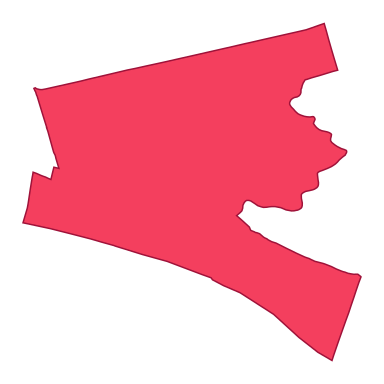 Garcov, Romania
{"feature_id": "2599482B23748012739102", "entity_name": "Garcov", "entity_type": "district", "adm_level": 2, "iso_a3": "ROU", "parent_name": "Romania", "parent_adm1": "", "projection": "robinson", "projection_center": [24.633, 43.762], "detail": "fine", "context": "isolated", "style": "filled", "palette": "rose", "viewbox_px": 384, "rotation_deg": 0, "n_neighbors": 0, "source": "geoboundaries", "source_scale": "gbopen_adm2", "svg_char_len": 3139}
<svg xmlns="http://www.w3.org/2000/svg" viewBox="0 0 384 384"><path d="M309.1,258.5L306.9,257.8L304.7,257.0L296.4,253.2L286.2,248.2L276.1,243.1L271.7,241.7L268.1,239.8L266.9,238.8L264.8,237.9L263.5,237.1L261.9,235.7L260.2,234.2L259.6,233.7L256.8,232.7L255.5,232.5L254.3,231.8L250.8,230.4L250.0,228.7L249.4,227.1L243.2,221.4L236.6,215.6L240.4,212.4L241.9,210.8L242.7,208.2L242.9,205.4L244.1,202.8L245.4,201.2L246.7,200.4L248.8,200.4L250.7,200.9L254.5,203.4L257.8,205.7L261.4,206.9L263.5,207.4L266.8,207.2L269.2,206.8L271.7,206.6L275.2,206.6L280.9,207.7L286.1,209.9L291.5,210.9L294.2,210.8L296.0,210.4L297.7,210.1L299.1,209.5L301.0,208.3L301.8,207.2L302.2,205.7L302.3,203.0L301.4,198.4L301.3,195.7L301.4,194.4L302.3,193.3L304.0,192.2L305.7,191.4L309.5,190.6L312.8,189.8L314.6,189.1L316.8,187.7L317.9,186.4L318.4,184.9L318.5,182.6L318.0,179.6L317.5,175.1L317.4,173.4L318.0,172.4L319.6,171.4L322.7,170.3L327.5,168.4L331.4,166.6L333.6,165.2L335.5,163.9L337.5,162.0L339.2,160.0L342.5,157.1L345.3,155.0L345.6,154.2L346.5,152.7L346.7,151.6L346.4,150.5L344.5,149.6L341.4,148.6L337.2,146.5L334.7,144.8L331.8,142.5L330.6,140.7L330.6,138.7L331.1,136.8L331.5,134.6L330.9,133.6L329.0,132.5L326.9,131.8L321.7,130.7L319.0,129.5L316.6,127.6L314.9,125.6L313.5,123.6L313.7,122.7L314.2,121.4L315.0,119.6L315.0,118.9L314.5,117.7L313.6,116.7L312.5,116.6L310.0,117.0L307.1,116.8L304.3,116.3L300.5,115.0L298.2,113.9L296.9,112.8L295.3,111.3L293.5,109.2L291.3,107.0L290.2,105.3L289.6,104.1L289.7,102.5L290.2,101.3L291.2,99.5L293.0,98.2L294.4,97.5L297.2,96.9L299.1,95.8L300.3,94.3L300.9,92.7L301.0,90.0L301.1,89.1L301.6,88.2L302.2,85.6L303.1,83.2L305.2,79.7L306.5,79.5L311.6,77.8L321.0,75.1L333.0,71.4L337.7,70.2L334.0,57.9L331.4,49.1L328.9,40.4L326.2,30.5L325.3,27.4L324.7,25.3L324.2,23.5L319.8,25.0L312.2,27.7L306.1,29.8L297.0,31.9L285.9,34.4L271.8,37.6L259.5,40.4L249.5,42.7L245.3,43.6L227.2,47.8L212.2,51.2L166.3,61.6L156.8,63.7L145.7,66.1L135.4,68.4L127.4,70.0L108.9,74.4L88.3,79.2L82.0,80.8L76.8,82.0L45.5,89.0L42.1,89.6L40.8,89.6L39.6,89.5L38.4,89.2L37.4,89.0L36.2,88.5L35.2,87.8L34.6,88.1L33.9,88.4L35.0,90.9L35.3,91.4L35.6,91.9L36.3,94.2L36.7,95.4L37.1,96.1L39.8,105.0L42.5,113.9L46.8,127.7L46.6,127.8L47.8,131.1L52.0,146.3L53.5,151.7L53.9,152.8L55.0,154.9L55.4,156.0L55.9,158.3L58.9,168.4L53.9,167.2L52.7,172.0L50.9,179.5L48.1,178.3L45.4,177.0L43.0,176.2L40.7,175.3L36.7,173.5L33.1,172.2L32.7,174.8L32.2,177.3L31.0,184.8L30.4,188.5L29.5,194.5L28.1,203.8L27.3,208.1L23.0,222.8L50.2,228.6L70.8,233.8L90.6,238.9L99.2,241.4L100.8,241.9L114.2,245.6L115.0,246.0L142.7,254.6L167.2,261.4L201.9,274.5L211.1,277.8L212.5,279.8L223.7,285.7L240.0,292.7L273.6,314.3L277.0,317.4L299.0,337.5L317.9,352.3L332.0,360.5L333.6,355.5L337.9,343.0L340.5,335.6L343.2,328.0L345.9,320.4L348.7,312.8L351.2,305.2L353.8,297.6L356.3,290.0L358.9,282.4L361.0,276.9L360.9,276.6L357.8,274.2L355.9,274.2L353.9,274.3L350.6,273.8L348.8,273.4L348.3,273.4L344.9,272.1L343.2,271.7L341.5,271.1L339.0,270.1L336.3,269.0L331.5,266.6L329.2,265.7L324.8,264.0L323.0,263.4L319.5,262.5L316.0,261.6L314.8,261.3L313.4,260.6L311.0,259.5L309.1,258.5Z" fill="#f43f5e" stroke="#9f1239" stroke-width="1.5"/></svg>